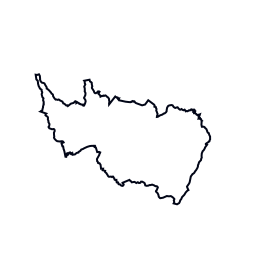 the district of Calnic, Gorj, Romania, rotated 332°
{"feature_id": "2599482B43333007752973", "entity_name": "Calnic", "entity_type": "district", "adm_level": 2, "iso_a3": "ROU", "parent_name": "Romania", "parent_adm1": "Gorj", "projection": "natural_earth1", "projection_center": [23.062, 44.952], "detail": "fine", "context": "isolated", "style": "outline", "palette": "ink", "viewbox_px": 256, "rotation_deg": 332, "n_neighbors": 0, "source": "geoboundaries", "source_scale": "gbopen_adm2", "svg_char_len": 5746}
<svg xmlns="http://www.w3.org/2000/svg" viewBox="0 0 256 256"><g transform="rotate(332 128 128)"><path d="M135.5,218.4L137.9,218.3L139.2,217.4L140.1,216.4L141.6,215.8L143.3,214.4L146.4,213.4L148.7,212.0L150.4,211.4L151.1,211.2L152.2,211.2L152.4,208.2L152.6,207.4L155.9,205.7L157.0,204.8L160.7,200.3L163.5,198.9L164.1,199.0L165.4,198.7L167.2,197.6L168.1,197.3L170.3,196.0L171.6,194.9L172.3,193.7L173.3,193.0L174.6,191.6L177.4,190.6L178.3,189.4L179.2,188.8L179.8,187.3L181.2,185.1L183.1,183.5L184.3,183.2L186.3,182.0L186.8,181.4L189.9,179.9L189.1,178.9L189.3,178.5L193.6,178.0L193.8,177.5L195.1,176.7L196.5,174.0L196.5,172.4L196.9,170.4L196.3,169.6L196.3,168.2L196.5,167.8L196.7,165.8L196.0,163.8L196.1,163.5L195.7,162.7L194.9,162.0L194.1,161.8L193.8,161.6L194.4,159.5L195.9,157.1L196.2,156.3L196.7,156.3L196.5,155.5L196.5,154.7L196.0,154.0L196.2,153.9L195.9,153.6L196.0,153.4L195.6,153.4L194.7,152.9L196.0,152.0L196.2,151.5L195.6,151.4L195.7,151.2L196.0,150.5L197.2,150.4L197.9,149.7L196.6,149.6L196.2,149.2L195.4,149.3L194.8,148.3L194.8,147.6L193.8,146.1L193.3,145.9L193.4,145.7L194.8,145.3L195.0,145.0L194.8,144.6L195.2,144.5L195.1,144.3L193.7,144.7L193.4,144.5L193.9,144.2L193.3,144.1L195.1,143.5L195.1,143.3L194.5,143.5L194.5,143.4L195.0,142.9L193.6,143.5L193.4,143.2L194.2,142.9L194.1,142.5L193.6,142.7L193.1,142.3L192.8,141.8L192.9,141.5L192.6,141.2L191.2,141.6L190.6,141.4L190.3,141.0L188.5,141.2L187.9,140.6L186.8,140.4L186.8,139.4L186.6,138.4L185.4,138.4L184.6,137.5L184.2,136.4L182.8,136.4L182.4,136.1L181.8,134.7L181.5,133.0L180.2,132.6L179.4,132.6L178.9,132.2L178.2,130.9L178.0,128.9L177.1,128.1L174.9,127.4L173.5,127.5L172.0,128.5L170.5,130.4L170.0,131.3L169.1,131.9L167.7,132.2L167.1,132.3L166.2,132.0L164.7,132.3L162.4,131.9L159.5,132.1L158.7,131.8L159.4,130.8L160.0,130.4L160.8,129.3L160.8,128.2L161.0,127.6L161.1,125.9L162.1,124.6L162.1,123.4L162.4,122.7L161.3,121.6L161.6,121.1L162.1,120.6L162.0,119.6L158.9,113.0L154.1,115.3L151.1,114.6L146.7,109.7L146.3,108.8L146.2,107.8L145.8,107.7L145.8,107.1L145.4,106.9L145.1,107.1L144.8,106.9L144.8,106.5L144.6,106.3L143.5,106.6L143.3,106.3L142.4,106.4L141.5,105.9L138.3,103.7L133.2,99.4L133.4,99.1L133.0,98.3L133.6,97.9L133.2,97.8L133.4,97.5L133.0,97.4L133.1,97.0L132.7,96.9L132.6,96.6L132.9,96.3L132.6,96.1L132.6,95.6L131.9,95.2L131.8,94.9L131.3,94.6L131.3,94.3L122.4,98.3L123.0,97.1L123.8,96.4L124.4,94.4L124.9,93.5L124.8,91.8L124.2,90.7L123.7,89.1L123.2,88.5L121.8,88.4L121.5,87.8L120.2,87.7L119.9,87.4L118.4,87.4L118.7,86.2L118.0,83.9L119.9,82.6L119.6,82.1L118.7,81.6L117.8,82.0L116.0,82.2L115.3,81.8L115.0,81.1L115.0,80.2L115.2,79.4L114.9,75.8L115.3,75.0L116.0,74.5L116.7,71.9L117.2,71.3L117.1,70.4L116.3,69.1L116.4,68.5L116.7,67.3L111.5,65.7L111.6,66.7L110.9,68.0L110.8,69.4L108.7,71.0L108.5,72.5L107.5,74.6L107.0,75.2L106.9,77.0L106.7,77.5L105.8,78.9L103.3,80.8L103.5,83.4L103.1,84.6L101.7,86.1L99.7,87.6L99.0,87.3L98.9,87.0L99.5,86.3L97.7,85.4L97.4,84.6L96.9,84.4L96.6,84.0L96.6,83.8L96.3,83.6L96.4,83.2L95.5,81.8L94.1,81.8L94.4,81.3L94.3,81.0L94.8,80.6L94.0,79.6L91.7,80.3L89.1,79.7L85.2,80.4L85.1,79.5L84.1,79.2L83.2,76.7L82.4,75.9L82.5,73.9L80.8,71.6L80.7,71.1L80.2,70.3L79.2,70.2L77.9,69.0L77.4,68.9L77.0,67.4L76.8,64.8L77.3,63.6L77.3,62.9L76.6,61.6L76.7,60.5L76.4,59.7L76.1,58.1L75.2,55.7L74.7,55.0L75.3,53.9L75.1,50.6L75.2,49.6L74.7,48.7L73.3,47.6L72.8,45.9L73.1,43.8L73.4,43.5L74.6,40.7L74.6,38.8L72.7,38.5L71.5,37.6L69.9,42.1L70.5,43.9L70.0,45.0L69.9,45.7L69.4,46.5L68.8,49.2L68.9,51.1L68.7,51.7L69.7,53.7L69.1,54.8L69.1,55.9L68.8,56.6L67.8,57.4L67.5,58.0L66.9,60.6L67.3,62.1L66.9,62.4L65.9,64.0L66.0,64.8L65.8,65.2L65.7,65.7L65.0,66.6L65.0,67.1L64.8,67.5L64.2,67.8L63.9,68.4L63.2,68.9L62.6,70.0L61.8,70.7L60.7,72.1L60.2,72.3L59.4,72.1L59.1,72.4L58.5,72.4L62.6,76.9L61.9,77.1L61.1,77.9L61.3,78.6L62.1,80.0L62.3,80.9L62.0,81.7L61.3,82.7L61.0,84.6L60.5,85.4L60.5,87.7L59.3,89.3L58.3,89.8L58.4,91.3L60.3,93.4L61.9,94.0L62.2,94.4L62.3,95.0L61.9,96.2L60.4,97.4L59.4,99.5L58.9,100.9L58.1,101.8L58.1,103.2L58.7,105.3L59.3,106.4L61.3,107.8L63.6,108.7L64.3,109.5L64.4,110.2L64.4,110.5L62.1,110.3L61.5,113.4L62.1,113.8L61.2,116.5L61.2,117.1L60.8,119.0L59.3,124.0L59.9,124.4L60.2,123.9L61.4,122.9L61.7,122.0L62.6,121.7L62.8,121.9L62.4,122.5L62.4,123.4L63.8,122.9L64.4,122.2L65.2,122.3L65.1,122.8L65.9,123.3L65.5,124.3L66.2,124.7L66.9,124.4L66.5,125.6L68.8,126.4L70.9,125.9L72.7,126.4L73.2,125.9L75.2,125.8L76.6,125.1L78.5,125.4L79.8,125.3L83.1,125.5L85.7,126.0L87.3,126.6L90.5,128.2L90.5,128.5L89.5,128.9L89.6,129.3L90.1,129.5L90.4,130.3L89.5,134.8L91.2,135.5L92.0,136.5L91.2,137.2L90.5,137.5L90.1,138.2L86.2,140.7L85.9,141.0L85.5,142.2L85.2,142.7L85.5,143.5L85.1,144.7L85.6,145.4L86.3,145.7L86.5,147.6L85.1,151.3L86.9,152.2L85.8,153.4L87.7,155.1L87.2,155.7L87.1,156.1L87.8,158.0L87.7,158.7L87.9,159.4L87.8,160.7L88.1,161.9L89.0,162.5L90.2,162.9L90.7,163.7L91.7,163.7L92.1,164.0L92.0,165.3L92.3,166.1L91.9,167.2L92.4,168.1L93.4,168.4L92.5,170.7L92.7,171.0L93.6,171.3L93.6,172.2L93.3,172.8L93.4,173.3L94.5,174.1L94.9,175.5L95.7,176.4L96.1,176.6L96.8,176.5L97.6,176.0L97.7,175.6L97.3,174.3L97.4,173.8L104.9,174.5L105.0,175.4L105.3,175.7L105.6,176.4L105.8,177.7L108.4,178.6L108.9,179.3L109.5,180.5L111.2,180.5L111.8,181.7L112.8,182.1L113.3,182.1L114.3,181.5L115.4,182.1L116.5,183.8L116.8,184.6L116.3,186.8L117.3,187.8L118.8,188.4L120.2,188.5L121.1,189.0L122.7,189.3L124.2,191.0L124.4,191.5L125.2,192.5L126.1,192.9L126.5,194.2L126.4,194.6L125.1,195.5L124.6,196.1L123.2,196.7L122.9,197.1L123.0,197.9L123.5,199.2L123.5,201.0L122.9,203.2L123.3,204.8L123.5,205.1L126.2,206.0L130.4,206.3L131.5,207.2L132.8,207.9L133.6,208.1L134.2,208.7L135.2,210.8L135.6,212.4L135.2,213.0L134.5,213.3L134.1,214.9L133.9,215.3L132.9,216.0L135.5,218.4Z" fill="none" stroke="#020617" stroke-width="2"/></g></svg>